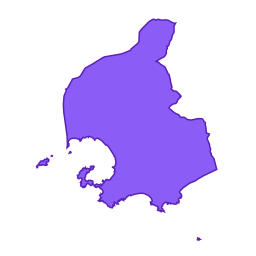 outline of Cam Ranh, Khánh Hòa, Vietnam, rotated 92°
{"feature_id": "81297802B88990967828920", "entity_name": "Cam Ranh", "entity_type": "district", "adm_level": 2, "iso_a3": "VNM", "parent_name": "Vietnam", "parent_adm1": "Khánh Hòa", "projection": "mercator", "projection_center": [109.22, 11.898], "detail": "fine", "context": "isolated", "style": "filled", "palette": "violet", "viewbox_px": 256, "rotation_deg": 92, "n_neighbors": 0, "source": "geoboundaries", "source_scale": "gbopen_adm2", "svg_char_len": 5947}
<svg xmlns="http://www.w3.org/2000/svg" viewBox="0 0 256 256"><g transform="rotate(92 128 128)"><path d="M57.7,153.9L59.1,156.5L65.7,166.3L69.2,172.2L70.3,173.3L77.5,177.3L78.6,178.5L79.5,180.1L80.9,184.9L81.3,185.4L82.6,185.8L90.1,189.7L90.8,190.2L91.4,191.6L92.6,190.9L98.2,193.0L105.7,193.4L108.9,193.3L115.2,192.6L138.1,188.6L146.0,188.0L149.7,188.2L149.2,187.8L148.7,186.9L147.7,186.4L145.8,186.6L145.8,187.1L145.0,187.4L143.0,187.1L140.8,185.0L140.3,183.1L140.1,181.0L140.4,178.5L141.1,176.7L140.7,176.2L141.2,175.6L142.0,175.7L142.8,175.4L142.3,174.6L140.3,173.8L139.8,173.0L139.0,172.7L139.0,172.0L139.4,171.1L139.1,170.0L138.4,169.3L137.8,167.5L138.0,167.0L138.3,167.0L137.8,166.6L137.9,165.6L138.8,163.4L140.5,161.0L141.1,161.1L141.9,160.6L140.5,160.7L139.9,160.0L139.3,158.4L139.5,157.3L141.6,153.7L145.9,149.5L146.1,148.0L147.9,146.4L155.9,141.0L156.3,141.1L157.2,140.2L158.7,139.7L162.3,138.9L164.9,139.0L166.8,139.9L167.4,140.8L167.5,142.0L167.8,142.1L168.9,140.2L169.5,139.8L172.1,139.6L172.3,140.2L172.9,139.8L174.8,140.2L179.0,143.4L180.0,143.6L180.9,145.8L180.2,146.9L180.3,148.2L180.9,148.2L181.7,148.7L182.4,150.1L183.8,150.2L184.1,150.8L185.2,151.5L185.7,152.1L185.5,152.4L186.3,152.1L186.7,152.4L186.8,152.9L186.0,153.3L186.0,153.7L185.6,154.4L185.6,155.9L185.1,157.3L185.7,158.6L186.3,159.0L186.2,160.1L187.6,159.5L187.8,158.6L188.5,158.1L188.5,157.8L187.7,157.7L188.0,156.3L187.6,154.7L189.1,154.0L190.5,151.5L192.4,150.7L194.0,150.8L194.7,151.6L194.8,152.1L194.5,152.5L195.0,152.5L195.8,153.8L196.1,154.0L196.9,153.2L197.8,153.3L198.5,152.4L199.9,152.9L200.1,153.8L200.6,153.4L201.9,153.3L202.2,152.6L201.6,152.3L202.0,151.2L201.7,151.0L202.3,149.9L203.4,149.3L203.6,148.0L205.2,146.1L207.1,145.1L207.1,144.2L208.1,142.8L208.3,140.8L206.8,140.2L205.8,140.4L206.0,138.8L205.4,139.1L202.6,139.2L203.1,138.2L204.3,136.8L204.3,135.0L202.8,135.9L201.6,135.5L201.3,135.1L201.7,134.9L201.7,134.2L201.3,133.9L200.9,133.9L200.8,133.5L200.3,133.7L200.4,132.9L199.8,132.1L199.4,132.4L198.8,132.0L198.9,131.5L200.3,130.7L200.5,130.0L200.1,130.2L199.6,129.6L198.9,129.7L199.2,128.4L196.9,126.8L196.7,125.9L195.8,125.6L195.2,124.5L195.0,123.6L195.6,122.8L194.8,121.6L193.7,118.0L192.9,114.3L192.8,111.0L192.9,109.6L194.7,105.2L197.4,102.3L199.7,101.3L201.4,101.8L201.6,102.3L201.3,102.9L202.7,102.7L202.8,101.9L203.3,102.3L203.8,102.3L203.9,101.7L203.5,100.8L203.8,100.2L203.8,99.4L204.6,98.3L205.2,95.6L206.3,95.0L206.9,95.6L207.6,94.7L209.0,95.6L209.7,93.8L209.2,92.8L210.5,92.1L210.4,91.6L209.5,91.4L209.5,90.7L210.4,88.8L209.6,89.1L209.5,89.6L208.7,90.1L207.8,90.3L207.0,91.4L205.8,91.6L204.7,91.2L204.6,90.7L203.6,90.9L202.4,89.9L201.4,88.5L201.0,87.8L201.0,86.5L201.5,86.0L202.4,86.2L202.8,85.7L202.4,85.1L201.8,85.5L201.4,85.1L201.4,84.3L202.3,82.9L202.2,82.6L201.8,82.8L202.5,78.1L202.0,76.6L200.6,76.5L201.1,75.2L201.0,74.6L200.3,74.8L199.4,74.3L197.8,75.1L197.0,74.7L196.3,73.9L196.4,73.5L196.1,73.4L195.9,72.5L195.5,72.4L194.9,72.8L194.4,72.4L194.5,72.1L193.9,71.9L191.8,72.8L190.7,74.2L190.1,74.2L188.7,73.5L185.8,70.8L181.1,64.7L178.5,58.9L176.4,56.2L172.7,50.2L166.3,37.9L156.0,40.9L153.3,42.8L152.2,44.1L150.7,43.8L149.7,44.7L148.3,45.0L145.9,44.7L144.1,45.6L141.6,46.0L139.6,46.8L136.7,48.3L134.9,48.3L132.0,46.6L131.2,46.5L130.2,49.5L124.4,50.2L122.6,50.8L119.9,50.9L118.9,52.2L117.0,53.3L116.1,54.5L116.2,58.6L117.9,65.1L117.4,69.0L115.4,72.0L115.2,72.7L115.6,75.6L112.9,77.9L111.7,81.1L110.9,82.5L106.8,87.6L105.3,87.3L104.3,86.2L102.6,84.0L101.8,81.3L101.1,80.3L97.9,79.1L94.9,76.2L94.3,77.0L93.7,76.5L89.8,80.7L89.5,81.7L89.4,84.1L88.9,84.2L87.5,86.3L85.8,85.5L85.1,85.6L81.2,86.9L78.2,87.4L73.2,88.8L72.7,89.6L66.4,92.8L65.1,94.2L63.3,97.5L61.3,99.7L60.5,102.2L57.2,97.3L55.6,94.3L53.5,92.8L51.8,92.3L48.7,92.4L47.5,91.5L46.3,91.6L44.9,92.2L44.8,90.8L44.1,90.2L39.5,89.0L38.2,87.8L32.9,86.6L31.4,85.6L30.1,85.3L24.5,85.6L21.5,84.1L21.7,85.0L21.5,86.3L20.1,89.5L18.9,91.5L18.6,93.6L19.1,98.7L18.5,100.3L18.4,102.1L19.2,103.4L18.4,106.0L18.8,107.5L20.9,110.6L28.1,117.3L31.2,119.7L32.1,120.0L41.3,120.1L42.6,120.8L44.4,122.6L48.7,127.4L50.2,128.2L52.6,133.2L54.3,137.6L57.7,153.9ZM167.9,160.5L167.5,160.6L167.2,161.4L167.7,162.6L167.4,163.5L168.1,164.3L169.1,163.9L170.3,164.9L169.7,167.3L170.5,168.2L169.9,169.1L169.0,169.2L169.4,169.5L170.1,169.5L169.5,170.7L169.9,171.7L170.2,171.9L170.6,171.6L171.4,171.6L171.7,172.2L171.5,172.6L172.2,173.0L172.5,173.9L174.5,175.0L175.6,174.8L176.6,175.8L177.1,176.9L179.6,176.4L180.3,176.1L180.3,174.8L179.8,174.2L179.5,173.2L180.4,172.1L182.0,172.3L183.3,173.2L183.9,173.0L184.2,173.6L185.1,172.9L185.5,173.1L186.1,173.0L186.9,173.4L187.6,173.0L188.1,172.1L188.1,171.3L188.8,171.1L188.3,170.4L188.9,170.5L188.7,169.3L188.1,168.4L186.9,168.2L185.6,167.3L185.2,167.3L184.7,166.5L185.3,165.1L186.8,163.0L185.9,161.3L184.9,160.9L184.6,161.0L184.4,161.5L183.5,161.1L182.2,161.5L181.6,163.6L182.0,165.1L181.7,165.7L182.6,166.3L182.6,167.6L180.6,169.5L179.4,169.8L178.4,168.8L176.7,168.7L175.0,167.9L175.0,167.5L173.6,167.4L174.0,166.4L173.3,165.3L171.8,165.0L170.5,161.9L170.0,161.4L169.0,161.3L167.9,160.5ZM162.8,206.3L162.7,206.0L162.1,206.3L161.1,207.8L162.0,208.0L162.3,208.9L162.2,210.2L163.9,211.5L164.0,212.1L163.8,212.5L164.2,214.1L167.0,216.0L168.2,215.8L168.4,215.3L168.2,212.8L167.9,212.5L167.6,211.1L168.3,209.6L168.1,208.1L167.4,207.4L166.9,207.9L166.4,208.0L166.0,208.7L165.4,208.7L164.7,208.3L164.6,206.6L163.9,206.2L162.8,206.3ZM237.0,52.8L236.8,52.1L236.3,53.1L236.2,52.8L235.9,52.9L235.5,54.1L235.9,53.9L236.3,54.5L237.2,54.8L237.6,53.8L237.3,52.8L237.0,52.8ZM170.4,216.9L168.4,217.0L169.6,218.1L170.9,217.4L170.8,217.1L170.4,216.9ZM155.2,185.8L154.6,184.1L153.7,184.5L153.7,185.1L155.2,185.8ZM182.2,151.7L182.5,150.9L181.7,150.3L181.1,151.3L182.2,151.7ZM202.1,153.6L201.4,153.6L201.1,154.0L201.7,155.0L202.3,153.9L202.1,153.6ZM158.7,203.7L159.0,202.9L158.5,202.6L158.2,203.0L158.2,203.3L158.7,203.7Z" fill="#8b5cf6" stroke="#5b21b6" stroke-width="1.5"/></g></svg>